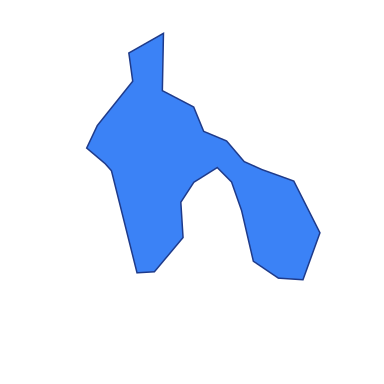 Aravan, Osh, Kyrgyzstan, rotated 223°
{"feature_id": "92254566B45437421976043", "entity_name": "Aravan", "entity_type": "district", "adm_level": 2, "iso_a3": "KGZ", "parent_name": "Kyrgyzstan", "parent_adm1": "Osh", "projection": "equal_earth", "projection_center": [72.448, 40.46], "detail": "fine", "context": "isolated", "style": "filled", "palette": "blue", "viewbox_px": 384, "rotation_deg": 223, "n_neighbors": 0, "source": "geoboundaries", "source_scale": "gbopen_adm2", "svg_char_len": 502}
<svg xmlns="http://www.w3.org/2000/svg" viewBox="0 0 384 384"><g transform="rotate(223 192 192)"><path d="M299.0,152.3L274.8,153.5L265.4,152.6L177.1,95.4L165.1,108.0L167.5,152.6L193.2,176.9L197.3,200.4L190.2,227.1L169.9,226.3L143.0,212.2L99.9,183.2L70.1,187.9L51.0,203.5L70.6,249.4L125.0,269.4L150.8,258.4L156.1,256.1L174.6,249.8L201.5,252.9L224.8,244.3L248.7,255.3L282.8,245.9L321.1,288.6L333.0,250.6L310.9,232.6L306.6,176.1L299.0,152.3Z" fill="#3b82f6" stroke="#1e3a8a" stroke-width="1.5"/></g></svg>